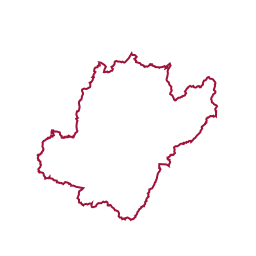 the district of Guarne, Antioquia, Colombia, rotated 42°
{"feature_id": "7082276B92581613564352", "entity_name": "Guarne", "entity_type": "district", "adm_level": 2, "iso_a3": "COL", "parent_name": "Colombia", "parent_adm1": "Antioquia", "projection": "robinson", "projection_center": [-75.433, 6.272], "detail": "fine", "context": "isolated", "style": "outline", "palette": "rose", "viewbox_px": 256, "rotation_deg": 42, "n_neighbors": 0, "source": "geoboundaries", "source_scale": "gbopen_adm2", "svg_char_len": 5769}
<svg xmlns="http://www.w3.org/2000/svg" viewBox="0 0 256 256"><g transform="rotate(42 128 128)"><path d="M163.0,36.1L161.9,35.6L158.7,35.0L157.4,35.4L156.1,36.4L155.4,36.6L154.0,36.0L153.4,37.0L153.2,37.9L153.6,38.9L153.7,40.6L152.7,42.0L153.7,44.6L154.7,45.6L154.4,47.4L154.8,49.1L154.0,49.8L153.0,49.3L152.2,49.7L151.6,51.2L151.4,52.5L150.8,53.0L149.5,53.6L148.4,53.1L147.7,54.8L146.0,55.1L145.4,57.4L145.7,58.2L145.4,58.6L145.4,59.6L145.8,60.9L145.9,62.8L147.9,63.2L147.8,64.2L148.3,64.8L148.4,65.8L147.9,66.9L147.1,67.8L147.2,68.9L146.6,69.6L146.6,70.4L145.1,71.9L145.2,72.8L144.6,74.4L145.0,75.3L144.6,76.0L143.0,76.0L141.8,75.2L138.9,74.1L136.7,74.7L136.1,73.8L135.4,70.8L134.0,70.2L132.5,68.3L129.9,68.2L127.8,66.8L126.4,67.0L124.7,66.6L123.9,65.8L123.3,64.3L121.1,60.7L119.6,59.5L118.8,58.0L117.8,53.1L116.0,52.2L115.6,55.1L116.7,57.0L116.1,58.5L115.3,56.4L114.6,57.8L113.7,58.4L113.5,58.1L112.8,59.6L110.9,61.9L110.9,62.3L110.3,62.2L107.9,64.2L107.1,64.1L106.9,64.5L106.0,64.5L104.5,65.3L103.5,64.6L102.7,65.9L102.1,65.4L101.6,66.1L101.9,67.2L101.5,69.3L100.4,70.0L99.5,71.4L99.1,71.0L98.3,71.4L97.6,71.1L95.2,72.3L94.3,71.8L93.5,71.8L89.9,73.7L89.5,73.4L89.4,72.8L88.8,72.5L87.1,72.7L86.4,72.3L86.9,70.9L86.8,69.3L84.1,69.2L82.7,70.6L81.7,70.7L80.8,70.2L81.9,75.6L81.8,81.2L81.3,82.0L79.5,82.4L79.3,83.4L77.6,84.0L76.0,85.5L74.5,85.9L73.8,87.6L75.3,89.7L75.2,90.7L75.6,91.5L74.8,93.6L76.0,94.2L77.3,94.2L77.9,96.0L77.1,96.9L76.7,98.8L76.1,99.3L75.9,100.0L74.9,99.9L73.7,101.8L72.7,102.6L71.2,99.8L70.6,97.3L68.2,96.9L64.2,97.6L62.9,98.4L63.3,98.5L63.4,99.4L64.3,100.5L65.0,100.1L65.3,100.5L63.9,102.0L64.7,103.2L63.3,105.0L63.4,106.2L64.7,108.4L66.3,108.2L66.6,110.7L67.4,112.6L67.5,113.6L68.2,112.8L68.7,113.1L68.9,114.6L69.7,116.2L70.0,118.6L69.6,118.9L69.2,120.0L70.4,120.4L72.2,122.4L72.4,123.1L71.0,126.9L69.0,128.1L68.2,130.1L68.7,131.0L71.2,132.2L71.9,133.1L72.7,135.6L73.5,136.4L73.7,137.2L74.3,138.0L73.8,139.3L74.1,140.0L73.9,140.9L75.0,142.5L77.7,144.5L78.7,145.8L79.9,148.4L79.7,149.1L79.0,149.4L79.0,149.9L80.4,152.4L83.3,154.1L83.9,154.1L83.3,155.8L85.7,156.5L86.2,158.0L88.7,161.4L91.0,163.4L92.3,164.0L92.7,164.8L92.3,167.0L93.4,170.4L93.0,170.5L93.7,171.5L93.1,172.1L92.6,171.8L91.5,172.8L90.3,173.1L90.7,173.4L90.0,174.1L89.1,173.7L89.1,174.2L88.5,174.9L89.1,175.5L87.7,176.8L87.0,176.7L86.8,177.5L87.0,178.3L86.3,178.7L86.0,178.5L85.2,179.5L83.9,178.3L83.2,178.6L81.8,178.3L80.6,177.1L80.1,177.0L76.7,178.7L76.4,179.4L75.4,180.1L74.1,179.7L73.1,180.6L73.4,181.3L73.8,180.7L74.7,181.4L74.5,181.7L75.0,182.0L74.4,182.5L74.8,183.1L75.4,181.9L75.9,181.9L77.8,183.0L77.2,184.0L77.6,184.7L76.2,185.1L76.1,185.4L76.8,185.9L76.3,186.7L76.6,187.7L75.5,188.3L75.5,188.6L75.0,188.9L75.0,189.7L75.5,189.7L74.6,191.7L74.7,192.7L74.0,193.9L74.1,195.8L75.1,196.6L76.8,199.0L79.3,200.2L79.3,200.7L80.1,201.5L80.0,203.4L80.6,204.2L80.1,205.4L80.6,206.1L80.2,207.0L79.2,207.7L79.1,208.7L80.3,208.9L81.0,210.7L82.0,211.0L82.5,211.8L83.2,211.9L83.7,211.4L84.7,211.9L85.4,211.6L86.4,212.6L86.7,213.4L88.0,213.6L88.9,216.0L88.8,218.1L89.3,219.0L90.7,219.3L90.6,220.1L90.9,220.3L91.9,220.4L92.9,219.2L95.0,218.2L96.1,218.6L97.4,219.8L98.8,219.8L100.4,221.0L101.0,219.6L102.5,218.6L102.4,216.9L103.2,217.8L105.9,216.2L107.7,216.5L110.3,214.8L111.5,216.0L112.9,214.8L113.6,214.9L115.3,213.4L117.4,213.1L117.5,210.3L118.2,210.1L118.7,209.4L122.0,208.3L122.1,208.7L122.4,208.4L124.3,208.4L124.5,208.8L126.2,207.2L128.8,206.4L135.0,202.6L135.0,204.5L134.5,205.8L134.1,207.8L135.1,209.4L135.9,210.0L137.4,214.0L139.4,213.9L141.5,216.1L143.0,215.3L143.1,215.0L144.4,215.6L145.0,215.3L145.6,215.6L146.0,215.1L146.5,215.2L146.4,214.7L147.6,212.4L149.1,212.0L149.9,209.9L151.6,208.7L151.6,208.3L152.6,210.0L153.8,210.8L154.3,210.8L155.0,210.3L156.5,207.8L156.0,205.6L156.3,203.6L158.4,201.9L158.9,199.3L160.2,198.9L161.1,197.2L162.3,197.1L163.1,197.4L164.7,199.1L165.8,198.4L165.7,197.9L166.5,196.9L169.2,197.5L171.3,197.2L173.3,197.9L173.8,197.4L176.6,196.6L178.5,197.4L180.2,199.9L181.9,200.0L183.0,198.9L184.7,199.6L185.0,198.5L186.9,198.0L186.4,197.0L186.8,196.9L186.8,196.0L187.6,194.8L190.4,194.2L191.5,194.5L192.1,192.9L192.5,192.7L193.0,191.7L192.8,190.4L193.1,188.9L192.1,188.3L192.4,186.9L192.2,185.8L191.3,184.2L191.3,182.4L190.7,180.9L191.3,179.3L190.7,177.8L191.3,177.1L191.2,176.3L192.3,175.4L191.4,173.9L191.6,172.9L190.3,171.6L190.7,169.9L190.4,169.6L189.9,169.8L189.0,167.6L189.3,165.3L188.5,165.1L187.6,163.5L186.5,163.3L186.7,161.4L185.9,160.7L185.4,159.1L185.1,159.1L186.3,156.6L185.3,152.2L184.5,150.8L184.7,149.9L184.2,149.4L184.0,148.0L183.6,147.6L183.1,145.9L182.5,145.2L180.9,142.3L180.4,140.6L180.4,138.8L179.7,137.6L179.8,137.0L178.9,136.5L178.4,136.7L178.0,136.4L177.8,136.7L175.4,133.9L180.9,129.4L183.7,128.9L183.4,128.7L182.1,125.1L180.6,124.5L180.1,123.8L179.0,124.6L178.1,124.5L177.2,123.6L177.7,123.2L177.6,122.4L178.1,121.3L177.6,119.5L178.3,118.6L178.9,118.7L179.7,117.6L179.5,117.2L179.7,115.2L178.3,114.7L177.2,112.9L175.2,111.7L175.6,109.6L176.8,108.7L177.5,106.4L177.6,104.7L178.8,103.2L179.7,103.1L179.9,102.7L179.5,101.9L180.1,101.8L180.0,101.1L180.8,99.8L181.2,99.8L181.0,99.0L182.1,98.2L182.1,96.8L183.2,95.6L184.2,96.2L184.3,92.6L184.0,91.9L184.6,90.5L184.3,87.9L184.6,82.7L183.8,81.6L183.7,79.8L183.3,78.6L182.3,78.2L182.0,77.7L182.7,73.4L182.3,73.1L182.3,72.5L182.7,71.6L181.8,71.1L181.8,70.4L181.2,69.5L180.4,69.2L180.0,68.2L180.3,66.8L180.7,66.7L181.2,64.1L181.6,64.0L181.7,63.5L182.5,63.0L183.1,61.9L184.0,62.3L185.1,60.4L185.5,60.4L182.3,56.6L182.1,56.9L180.1,55.5L179.6,52.2L178.5,52.0L176.2,52.8L174.9,52.5L173.2,52.8L171.5,51.3L170.7,51.1L169.8,49.9L169.4,47.5L168.8,46.3L169.3,43.8L168.9,42.7L168.4,42.3L166.6,42.4L166.1,41.9L164.4,38.2L163.4,37.6L163.0,36.1Z" fill="none" stroke="#9f1239" stroke-width="2"/></g></svg>